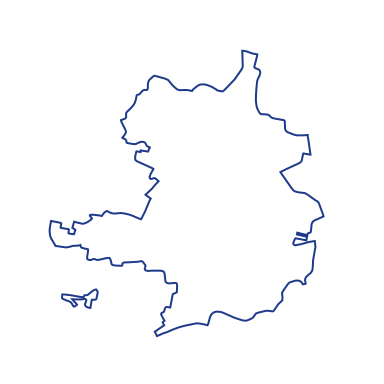 Nam Định, Nam Định, Vietnam (Mercator projection), rotated 100°
{"feature_id": "81297802B54089788823696", "entity_name": "Nam Định", "entity_type": "district", "adm_level": 2, "iso_a3": "VNM", "parent_name": "Vietnam", "parent_adm1": "Nam Định", "projection": "mercator", "projection_center": [106.173, 20.418], "detail": "fine", "context": "isolated", "style": "outline", "palette": "blue", "viewbox_px": 384, "rotation_deg": 100, "n_neighbors": 0, "source": "geoboundaries", "source_scale": "gbopen_adm2", "svg_char_len": 6002}
<svg xmlns="http://www.w3.org/2000/svg" viewBox="0 0 384 384"><g transform="rotate(100 192 192)"><path d="M86.1,187.9L85.0,190.7L84.0,195.8L83.9,198.2L84.4,201.4L85.0,203.1L86.2,204.6L87.1,205.5L89.9,208.0L90.8,208.7L92.5,209.6L92.4,213.5L92.6,215.7L93.1,218.3L93.8,221.2L93.9,222.0L93.6,224.1L93.3,224.9L91.7,227.6L89.7,230.4L86.2,234.5L85.8,235.1L85.0,238.4L84.0,248.7L84.1,249.4L85.6,250.9L89.4,253.7L91.9,254.2L93.6,254.2L95.3,253.9L96.5,253.6L98.7,253.6L99.1,254.0L99.5,254.8L99.9,257.0L100.4,257.7L101.2,258.6L104.4,260.4L105.1,261.1L105.8,262.7L106.2,263.1L106.9,263.3L110.3,263.3L114.0,263.8L116.2,264.6L118.6,265.9L121.6,267.9L124.0,269.7L125.2,270.4L126.4,270.5L129.4,269.9L130.4,270.0L131.0,270.4L131.7,271.1L133.5,274.4L134.4,274.1L135.9,273.2L141.6,268.9L142.9,268.0L144.2,267.5L145.8,267.6L148.9,269.0L150.5,270.0L150.8,270.0L151.1,269.3L151.5,267.2L151.9,266.5L153.1,265.5L154.7,265.1L155.0,264.2L155.0,258.7L154.8,256.5L154.3,255.4L151.8,251.7L151.2,250.1L151.1,248.7L151.4,247.1L151.6,246.7L153.7,245.1L154.6,244.2L155.1,242.9L155.4,241.3L159.8,242.3L160.0,249.8L161.6,249.6L161.6,253.7L162.0,253.9L162.6,253.9L167.4,254.1L170.0,253.5L170.8,252.6L171.4,251.1L175.4,235.5L175.9,234.1L177.0,234.3L181.4,235.9L184.6,236.4L185.1,236.3L185.7,235.9L186.2,235.3L186.3,234.5L186.2,234.1L185.1,232.3L184.9,231.1L185.2,229.9L187.2,226.8L190.8,229.2L196.0,232.2L202.8,237.3L204.0,235.0L205.6,231.5L208.7,232.5L219.2,234.8L227.7,237.4L227.0,241.2L225.7,246.5L225.2,249.5L224.9,253.7L224.9,256.8L225.1,258.5L226.9,265.6L226.7,268.4L226.4,269.7L225.6,271.7L225.6,272.8L227.1,274.4L228.1,275.1L231.3,276.7L231.2,279.2L231.5,284.9L231.8,287.0L232.3,288.3L232.5,288.5L233.1,288.5L235.2,286.1L235.7,285.9L236.0,286.1L238.8,288.6L240.3,290.4L241.8,292.8L242.1,293.6L242.3,295.0L242.0,299.8L241.7,302.9L248.0,303.6L249.5,300.3L254.1,300.9L254.3,304.3L254.1,306.4L253.7,306.6L250.6,306.7L250.1,307.0L250.1,314.9L249.6,315.3L249.2,315.3L245.8,315.2L245.5,315.4L245.3,315.8L245.1,318.9L245.0,325.8L251.4,325.8L254.3,325.6L257.7,324.8L260.0,324.0L262.3,322.6L267.1,318.4L268.8,317.1L268.5,306.9L268.1,305.2L267.0,302.4L265.9,300.4L265.4,298.6L264.8,295.7L264.0,293.3L263.6,292.7L264.6,292.3L265.6,291.7L266.0,291.1L266.3,288.8L266.4,284.7L266.9,284.3L268.7,284.1L273.7,284.0L275.4,283.8L276.1,283.5L276.5,282.9L276.8,281.3L276.7,280.5L276.4,279.5L275.3,277.8L275.1,277.2L275.0,276.4L275.4,273.8L274.9,271.8L272.0,264.9L271.4,262.9L271.3,261.9L271.7,261.3L273.9,259.9L277.1,258.6L277.7,257.6L277.7,257.2L277.7,254.3L276.9,248.6L276.7,248.1L276.4,248.0L274.1,247.9L273.7,247.6L273.5,247.2L273.1,246.3L272.1,241.6L269.9,232.5L269.0,230.5L268.9,229.1L269.4,228.2L272.3,225.1L273.4,225.0L275.8,225.2L276.4,225.0L277.2,224.2L277.4,222.5L277.3,221.1L276.4,217.8L275.3,211.4L274.9,208.5L275.1,206.9L275.6,205.8L276.9,204.9L284.4,202.7L285.2,202.2L285.8,201.1L286.0,200.4L286.0,199.1L285.8,197.8L284.5,193.1L284.4,192.1L284.6,191.5L285.0,191.0L286.7,190.4L291.9,189.7L293.4,189.6L293.7,189.8L295.9,193.2L309.5,193.4L309.6,196.9L309.8,197.4L310.1,197.8L310.6,198.2L311.5,198.4L314.3,198.7L315.1,199.1L315.6,199.6L316.2,200.8L316.9,201.1L317.8,201.2L321.4,198.6L323.5,196.7L325.3,198.3L328.2,196.3L332.8,201.1L335.0,203.2L335.9,204.4L340.0,201.4L336.0,195.5L334.6,192.7L330.7,186.8L327.7,181.7L325.2,176.5L323.4,172.0L320.5,164.6L320.2,161.1L320.3,155.6L320.6,153.8L319.9,153.3L315.7,152.8L312.4,152.6L309.3,151.7L307.3,150.2L306.3,148.8L305.6,147.3L305.3,145.4L305.2,142.2L305.7,139.6L308.4,128.7L309.6,120.3L309.5,117.3L309.2,116.0L307.7,113.4L305.4,110.3L300.5,107.9L298.8,104.7L296.1,98.4L295.7,95.9L295.6,92.3L295.4,91.4L295.1,91.1L293.9,90.4L288.2,87.9L287.0,87.2L284.1,85.0L283.0,84.3L280.3,84.5L275.8,85.8L275.3,85.7L272.2,84.5L265.3,81.2L264.2,80.2L261.7,75.6L261.3,74.7L260.8,72.3L260.9,70.5L261.0,69.9L262.3,68.0L263.7,66.8L262.7,64.2L262.3,64.2L259.1,65.4L258.0,65.4L257.2,65.3L255.4,64.5L253.2,62.9L252.3,62.0L250.7,60.8L248.6,60.0L247.5,59.9L244.1,60.1L238.1,60.9L225.0,60.9L222.4,61.5L218.9,62.6L221.3,69.0L224.4,75.4L226.6,81.3L226.4,82.1L226.0,82.9L225.7,83.1L225.1,83.3L224.6,83.3L223.7,83.3L222.1,82.9L219.9,82.2L219.6,81.9L219.7,71.0L216.2,70.9L215.6,81.3L213.8,81.3L214.4,70.9L213.0,70.8L212.3,70.3L211.4,68.4L211.0,68.2L209.4,68.1L203.3,68.6L201.7,68.4L200.3,67.9L199.6,67.3L198.6,66.2L193.2,58.2L192.2,58.6L181.0,65.1L180.0,66.0L179.5,66.8L178.7,69.1L174.4,77.9L173.5,80.6L173.8,87.1L173.7,89.2L173.5,90.6L172.8,92.4L170.7,94.8L158.2,107.3L157.0,108.4L152.8,102.7L145.0,91.5L143.8,90.2L142.2,89.4L135.6,89.2L134.7,89.0L134.7,82.7L134.6,81.8L120.0,86.6L116.8,87.8L115.8,87.9L117.1,93.3L118.0,98.7L117.7,102.4L116.7,107.2L116.4,108.5L115.9,109.5L115.2,110.3L114.6,110.8L113.1,111.5L111.2,111.8L106.0,113.0L105.5,113.5L105.3,114.0L105.3,123.9L105.2,125.1L105.0,126.2L104.5,127.3L103.1,129.3L102.7,130.3L102.7,132.2L103.3,136.9L103.3,137.9L102.7,138.7L101.4,140.0L98.6,142.1L95.8,143.5L91.2,144.9L86.2,145.7L80.5,146.4L71.9,147.1L69.3,146.8L67.0,146.0L65.1,145.6L62.7,145.5L61.9,145.7L61.0,146.2L60.1,146.9L59.6,148.1L59.0,151.5L58.4,152.2L57.9,152.4L48.1,151.6L45.2,151.6L45.1,152.4L45.1,156.8L44.1,162.5L44.0,164.7L44.2,167.0L59.2,163.9L60.2,163.9L61.6,164.1L64.3,165.2L73.6,169.5L85.4,177.4L86.6,178.3L87.4,179.1L87.6,179.5L87.7,180.0L87.7,183.3L87.6,184.3L87.4,185.1L86.7,186.1L86.1,187.9ZM315.5,272.0L314.9,268.7L314.3,267.9L314.0,267.6L307.6,267.4L306.8,267.5L305.9,268.1L304.6,269.6L305.5,271.3L306.7,272.8L311.3,276.7L311.8,277.6L312.4,280.0L314.4,280.5L314.7,283.1L314.7,292.5L315.0,298.8L315.4,302.0L318.4,301.7L318.9,301.6L319.4,301.1L319.8,300.0L320.5,297.3L321.0,294.1L321.4,292.8L322.0,291.8L322.5,291.2L325.2,288.9L325.3,288.5L325.2,288.1L324.9,287.4L324.2,286.7L322.9,285.7L321.8,286.9L320.2,289.2L318.4,291.3L317.9,287.4L316.9,282.0L316.0,279.5L316.0,278.2L316.2,277.9L316.8,277.3L317.5,277.3L319.3,277.5L320.5,277.9L321.4,277.9L322.0,277.6L323.1,276.5L323.4,276.0L323.7,274.9L323.8,273.7L323.8,271.9L316.1,272.0L315.5,272.0Z" fill="none" stroke="#1e3a8a" stroke-width="2"/></g></svg>